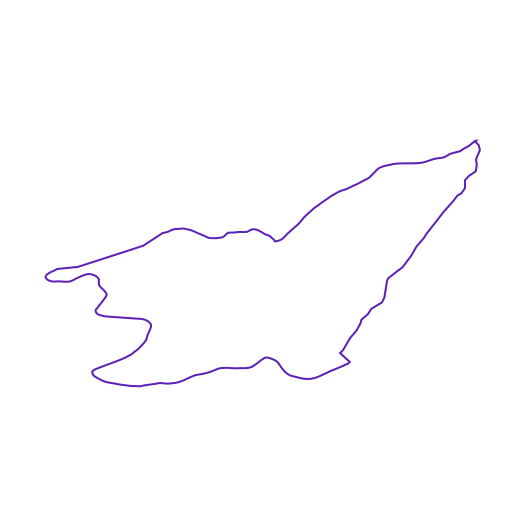 outline of Chalon, Anse-la-Raye, Saint Lucia, rotated 99°
{"feature_id": "8701671B73025224751915", "entity_name": "Chalon", "entity_type": "district", "adm_level": 2, "iso_a3": "LCA", "parent_name": "Saint Lucia", "parent_adm1": "Anse-la-Raye", "projection": "equal_earth", "projection_center": [-61.044, 13.92], "detail": "fine", "context": "isolated", "style": "outline", "palette": "violet", "viewbox_px": 512, "rotation_deg": 99, "n_neighbors": 0, "source": "geoboundaries", "source_scale": "gbopen_adm2", "svg_char_len": 4483}
<svg xmlns="http://www.w3.org/2000/svg" viewBox="0 0 512 512"><g transform="rotate(99 256 256)"><path d="M107.8,56.7L108.0,57.5L114.2,63.2L117.8,67.9L120.5,70.7L123.1,76.7L124.8,80.3L127.0,83.0L127.9,84.1L129.1,85.6L130.4,89.3L131.1,92.0L132.4,95.5L133.7,98.0L135.0,100.5L136.4,103.3L137.9,106.6L139.1,111.4L139.7,114.3L140.5,119.3L141.4,124.5L142.0,128.3L142.9,132.1L143.9,135.4L144.8,137.5L146.1,141.0L147.5,144.3L149.5,147.7L151.1,149.4L155.1,152.3L157.9,154.3L160.2,155.9L161.9,157.5L164.0,160.5L166.8,164.2L169.0,167.2L171.7,171.3L174.5,175.2L176.6,178.7L178.3,182.3L180.4,185.4L182.2,187.6L185.3,191.4L193.5,199.9L200.1,206.5L206.5,211.7L210.3,214.6L212.1,215.6L217.3,218.8L219.2,220.2L222.2,222.9L223.6,224.0L229.8,229.0L232.4,230.6L234.9,232.6L236.5,234.6L237.8,237.0L238.6,239.6L236.8,241.2L235.8,243.1L235.0,244.2L234.4,244.9L233.7,247.0L233.4,248.7L233.1,250.6L232.0,253.1L231.2,255.3L230.5,257.1L229.9,259.7L229.8,261.0L230.1,263.3L230.7,264.9L232.3,266.9L233.6,268.8L234.0,270.7L234.5,273.3L234.7,275.5L235.2,277.9L236.1,280.6L236.6,283.6L237.1,285.9L237.5,287.3L238.0,287.9L239.1,288.8L241.3,290.4L242.5,291.7L243.1,293.0L244.0,295.8L244.7,298.5L245.0,300.8L245.3,302.4L245.5,304.7L245.2,307.2L244.4,309.2L243.5,312.9L242.6,316.8L241.9,319.4L241.1,322.3L240.6,324.8L240.4,328.2L240.2,331.2L240.6,333.8L241.2,336.5L241.7,338.5L242.1,340.3L242.7,341.9L244.1,344.3L245.6,346.3L246.6,348.4L248.0,351.9L263.5,369.0L294.7,430.4L299.9,450.3L301.6,452.5L302.7,454.1L303.6,455.7L304.6,457.0L305.6,458.1L306.9,459.5L308.1,460.2L309.2,460.6L310.4,460.3L311.4,459.2L311.7,458.8L312.2,457.8L312.5,456.9L312.9,454.9L313.0,453.1L312.8,451.0L312.4,449.5L312.0,447.4L311.7,445.1L311.5,443.0L311.3,440.6L311.0,438.8L310.6,437.1L310.2,435.5L309.1,433.9L308.2,432.3L306.9,430.8L305.8,429.3L304.8,427.7L303.6,425.9L302.4,424.0L301.5,422.4L300.7,420.7L300.1,418.8L299.8,416.2L300.0,414.2L300.4,412.4L301.2,410.3L302.4,408.6L303.8,407.4L306.0,407.3L307.2,406.9L308.7,406.8L309.7,406.0L311.2,404.5L312.5,402.5L313.4,401.3L315.0,399.2L315.9,398.4L317.1,397.6L318.4,397.5L319.9,398.0L321.6,398.9L323.2,399.7L326.8,401.6L329.9,403.5L332.1,404.5L333.8,405.7L335.2,405.9L336.4,405.4L337.2,404.7L338.0,403.5L338.4,402.6L338.8,400.9L339.0,398.6L339.2,396.2L339.1,393.8L336.3,361.6L336.1,359.8L336.1,357.6L336.3,356.0L336.6,354.7L337.1,353.2L337.8,351.7L339.4,349.5L340.7,348.9L342.4,348.6L347.8,349.8L350.3,350.6L355.9,351.3L357.8,352.3L359.7,353.2L366.2,357.7L369.7,361.1L372.2,363.2L374.4,366.0L376.6,368.9L379.8,373.9L382.4,378.4L385.3,383.6L389.0,390.2L392.6,396.4L394.2,398.5L395.6,399.6L397.2,399.3L397.9,398.9L399.1,398.0L400.0,396.8L400.7,395.3L401.5,393.0L402.2,391.1L403.0,388.7L403.5,386.6L403.9,384.4L404.0,382.0L404.1,379.9L404.1,377.8L404.1,376.4L404.1,375.4L404.2,373.5L404.2,371.1L404.2,369.2L404.2,367.5L404.1,365.8L404.1,363.3L404.0,361.3L403.9,359.2L403.7,357.9L403.6,356.5L403.3,354.4L402.9,350.5L402.4,348.8L401.5,346.8L399.8,341.5L398.3,336.2L397.8,334.9L396.8,332.2L396.3,329.9L396.3,327.9L396.1,325.6L395.8,323.0L395.5,321.4L395.0,319.6L394.4,317.8L394.0,315.9L393.1,313.6L392.5,312.4L391.3,310.1L389.8,307.5L388.2,305.2L385.5,301.2L384.4,299.3L383.3,297.5L382.7,295.9L382.0,293.9L381.3,291.6L380.7,289.9L379.9,288.1L378.8,285.5L377.6,283.1L376.4,281.0L375.4,279.3L374.5,277.8L373.5,276.1L372.4,273.9L372.0,272.2L371.4,269.5L370.9,266.5L370.6,262.5L369.9,257.2L369.2,253.9L368.8,251.3L368.5,249.4L367.7,246.1L367.0,244.5L365.9,242.5L365.0,241.4L363.6,239.9L362.1,238.3L360.7,237.0L358.7,235.3L357.0,233.5L355.3,231.6L354.7,230.0L354.5,229.0L354.6,227.1L355.0,224.9L355.2,223.9L355.6,222.2L356.1,220.7L357.1,218.6L358.4,217.0L359.8,215.7L362.6,213.1L364.7,210.6L365.8,209.4L367.3,206.9L368.5,204.0L368.9,201.6L369.2,197.7L369.6,193.4L369.7,191.5L369.7,188.4L369.4,186.8L369.3,185.1L368.5,182.0L367.4,179.1L366.0,176.4L364.4,173.9L362.2,170.6L360.4,167.8L358.0,164.5L356.0,161.1L354.5,158.7L352.7,155.7L350.6,152.5L349.7,151.2L347.8,148.1L345.9,146.9L338.7,157.8L335.2,155.2L322.4,150.3L314.0,145.1L306.3,142.3L302.4,141.9L295.8,136.3L290.2,133.9L282.1,124.3L276.8,122.7L274.0,122.7L263.1,122.7L260.3,122.7L257.3,121.9L250.8,115.9L244.2,109.5L231.4,102.7L221.6,99.0L212.0,93.0L208.1,91.4L196.5,85.0L183.4,77.8L170.3,69.4L164.9,66.6L162.0,63.0L157.0,60.5L156.3,60.2L149.1,61.4L148.5,61.5L143.6,58.2L137.9,52.2L135.1,52.2L134.0,52.2L131.3,52.2L127.6,53.4L126.5,53.8L122.6,53.0L116.3,51.4L111.7,53.4L108.7,57.4L107.8,56.7Z" fill="none" stroke="#5b21b6" stroke-width="2"/></g></svg>